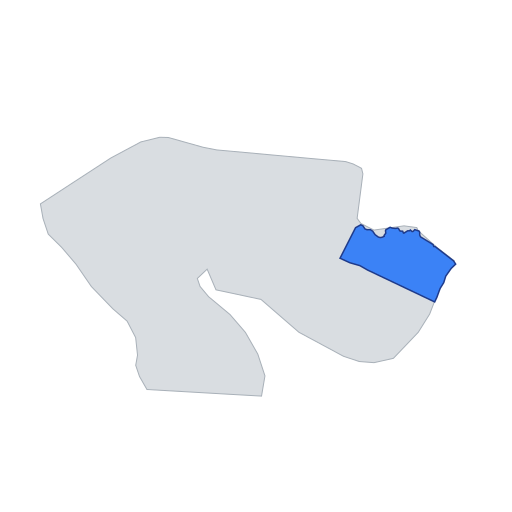 Alaili Dadda, Obock, Djibouti shown in context, rotated 61°
{"feature_id": "41766387B98599288227121", "entity_name": "Alaili Dadda", "entity_type": "district", "adm_level": 2, "iso_a3": "DJI", "parent_name": "Djibouti", "parent_adm1": "Obock", "projection": "albers", "projection_center": [42.912, 12.453], "detail": "fine", "context": "in_parent", "style": "filled", "palette": "blue", "viewbox_px": 512, "rotation_deg": 61, "n_neighbors": 0, "source": "geoboundaries", "source_scale": "gbopen_adm2", "svg_char_len": 1611}
<svg xmlns="http://www.w3.org/2000/svg" viewBox="0 0 512 512"><g transform="rotate(61 256 256)"><path d="M381.2,319.1L364.8,345.1L343.8,378.3L319.9,416.1L304.9,416.3L293.3,414.2L285.3,407.7L269.0,400.8L250.5,400.3L232.8,406.8L202.9,414.8L175.9,417.4L154.2,421.8L136.2,427.1L120.0,424.1L105.9,419.3L103.0,379.1L99.9,335.5L100.4,301.4L105.5,282.6L109.8,275.3L135.3,249.5L144.2,238.9L173.3,196.1L198.3,159.3L216.9,131.8L222.6,126.4L230.5,121.2L236.0,122.7L272.1,149.3L278.4,148.5L290.5,140.3L301.4,111.9L309.1,101.6L312.4,101.9L335.5,93.9L356.5,84.9L359.2,94.3L391.0,132.3L401.4,151.1L412.1,185.4L406.5,204.5L398.3,216.9L386.1,228.1L343.6,255.4L296.4,272.7L266.2,307.4L243.8,305.1L247.2,318.2L255.5,319.7L268.6,317.2L294.6,307.1L317.7,302.3L342.7,302.0L365.2,306.3L381.2,319.1Z" fill="#d9dde1" stroke="#a8b0b8" stroke-width="1"/><path d="M382.8,122.0L382.1,121.0L379.8,117.8L375.6,113.0L373.6,110.6L370.3,104.7L365.6,99.8L362.2,92.8L361.5,91.3L359.9,85.3L356.0,85.6L336.4,94.0L334.5,94.8L333.9,95.9L331.8,95.6L319.4,102.6L319.1,102.8L317.1,102.7L314.5,101.3L313.2,101.3L309.9,104.4L310.5,106.1L310.6,106.9L310.2,107.7L308.1,108.4L308.4,109.5L307.5,111.1L307.7,115.6L307.3,115.9L305.4,115.7L304.3,117.5L303.7,118.0L300.9,118.1L300.2,118.7L299.6,120.5L297.7,123.3L295.9,124.8L296.0,129.7L296.7,130.5L298.4,131.2L299.0,131.5L300.1,134.0L300.9,134.3L300.8,136.5L300.1,138.4L298.8,139.8L295.1,141.5L290.9,141.9L288.4,143.2L287.0,145.8L286.8,146.2L285.1,147.6L281.5,147.8L279.5,149.2L279.5,155.2L298.7,183.6L307.5,177.1L314.8,169.8L322.4,165.2L382.8,122.0Z" fill="#3b82f6" stroke="#1e3a8a" stroke-width="1.5"/></g></svg>